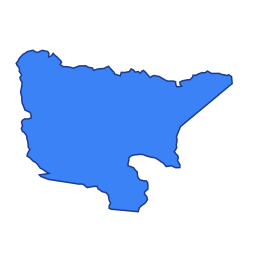 outline of Altamira do Maranhão, Maranhão, Brazil, rotated 86°
{"feature_id": "56859067B15453031622784", "entity_name": "Altamira do Maranhão", "entity_type": "district", "adm_level": 2, "iso_a3": "BRA", "parent_name": "Brazil", "parent_adm1": "Maranhão", "projection": "robinson", "projection_center": [-45.508, -4.137], "detail": "fine", "context": "isolated", "style": "filled", "palette": "blue", "viewbox_px": 256, "rotation_deg": 86, "n_neighbors": 0, "source": "geoboundaries", "source_scale": "gbopen_adm2", "svg_char_len": 2689}
<svg xmlns="http://www.w3.org/2000/svg" viewBox="0 0 256 256"><g transform="rotate(86 128 128)"><path d="M171.1,79.0L168.1,78.8L166.3,79.8L164.0,80.9L161.5,80.0L159.4,80.1L157.3,81.9L154.9,83.5L151.1,80.8L147.5,81.0L145.1,80.1L142.4,79.9L140.4,80.3L138.5,79.6L130.3,75.6L126.2,70.0L101.7,35.9L100.4,34.2L95.6,27.5L94.3,25.7L92.3,23.0L91.0,21.0L84.0,21.1L81.9,23.8L82.6,25.8L81.8,27.7L81.1,30.9L79.9,33.2L79.4,40.9L76.7,44.9L78.3,47.3L77.9,50.3L79.1,54.3L80.1,56.6L79.9,59.4L81.7,60.0L84.1,62.7L84.1,65.5L84.7,70.3L85.8,73.1L88.2,72.9L90.1,71.6L90.4,74.1L90.1,76.5L88.2,77.3L85.1,77.3L84.3,79.8L84.0,85.1L82.7,87.6L78.8,93.3L78.2,95.8L77.4,98.3L78.0,100.4L79.2,101.9L77.8,103.5L74.2,106.2L71.6,108.5L72.4,110.4L74.2,111.8L72.4,114.0L72.8,116.9L70.5,118.6L69.3,120.8L71.8,122.7L72.4,127.6L72.0,130.8L75.4,132.1L73.4,137.3L71.2,138.3L67.8,141.1L65.1,143.2L65.9,145.6L66.9,147.3L67.0,153.7L68.0,158.4L65.7,159.3L64.6,163.5L63.0,165.8L62.8,169.7L62.7,172.5L64.5,178.3L63.3,181.5L62.5,185.1L62.3,188.4L59.9,191.3L57.9,189.7L56.1,190.5L54.3,192.1L51.8,194.3L50.4,195.9L48.3,197.4L50.8,199.5L51.6,202.2L48.0,201.7L46.1,202.7L45.4,205.4L44.5,207.9L45.3,210.4L46.3,212.7L45.5,215.2L43.8,217.3L44.3,220.6L44.8,223.2L45.9,224.8L47.2,227.6L48.5,229.0L50.0,230.6L51.5,232.0L53.5,233.0L55.6,235.0L58.1,234.1L59.6,232.7L61.7,232.2L64.2,232.5L66.3,231.0L68.1,230.5L69.9,232.3L72.5,231.9L74.5,230.6L77.2,230.7L84.7,232.6L87.4,232.2L90.2,231.8L93.0,232.0L95.8,231.8L99.6,230.5L103.0,229.5L104.2,227.1L105.7,224.5L108.3,223.8L111.2,223.9L112.0,226.9L111.7,230.6L113.0,232.8L114.8,233.8L118.9,233.1L120.9,234.4L123.8,233.7L125.2,232.0L126.7,230.8L128.7,229.7L131.9,229.5L134.3,228.9L136.3,228.8L138.4,228.8L140.7,228.7L142.5,227.3L144.7,228.9L147.2,230.2L149.0,230.7L150.8,228.1L154.6,224.7L156.0,222.5L158.1,220.6L159.9,219.6L161.9,218.3L163.6,215.6L165.3,213.6L166.5,211.9L167.8,210.0L168.6,219.7L170.3,218.3L173.8,210.6L179.9,183.6L180.5,181.4L180.5,179.4L181.0,176.6L183.3,174.3L184.6,172.7L184.2,169.9L183.9,166.4L184.0,163.0L186.5,162.1L189.7,158.2L190.9,154.5L193.6,152.4L199.2,151.7L201.7,150.6L204.0,152.1L206.7,152.5L207.8,150.6L212.2,123.7L208.5,122.3L206.8,120.5L205.7,118.8L204.7,116.9L202.9,115.1L200.7,113.6L197.8,114.1L194.7,116.3L192.6,115.5L190.6,112.6L188.1,112.2L186.1,112.2L183.9,112.2L182.1,113.4L181.7,116.1L180.6,119.6L179.0,121.0L176.7,121.8L172.4,121.9L170.5,123.7L168.2,125.0L166.9,127.3L165.8,130.6L163.3,130.4L160.8,129.5L157.9,129.2L155.9,126.7L155.4,124.5L155.1,118.1L155.5,114.9L156.9,112.1L158.4,108.1L159.7,103.0L161.8,99.9L164.0,97.3L165.2,95.5L166.8,94.2L169.1,92.7L169.0,90.1L168.6,87.4L170.9,83.4L171.1,79.0Z" fill="#3b82f6" stroke="#1e3a8a" stroke-width="1.5"/></g></svg>